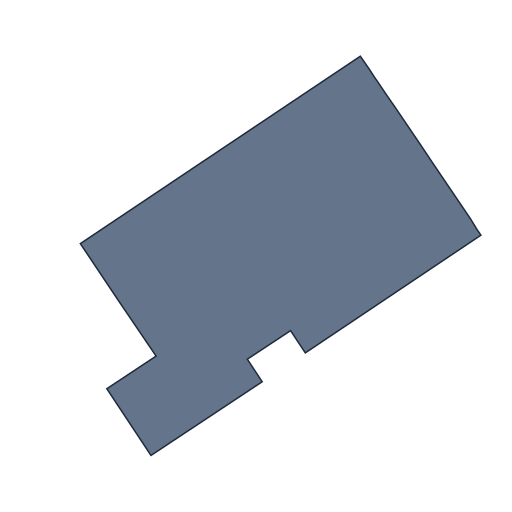 outline of Mahoning, Ohio, United States of America, rotated 326°
{"feature_id": "52423323B65372362934971", "entity_name": "Mahoning", "entity_type": "district", "adm_level": 2, "iso_a3": "USA", "parent_name": "United States of America", "parent_adm1": "Ohio", "projection": "orthographic", "projection_center": [-80.66, 41.017], "detail": "fine", "context": "isolated", "style": "filled", "palette": "slate", "viewbox_px": 512, "rotation_deg": 326, "n_neighbors": 0, "source": "geoboundaries", "source_scale": "gbopen_adm2", "svg_char_len": 528}
<svg xmlns="http://www.w3.org/2000/svg" viewBox="0 0 512 512"><g transform="rotate(326 256 256)"><path d="M58.1,282.6L57.4,362.6L190.8,363.7L191.1,336.7L242.9,337.2L242.7,363.9L454.1,364.5L454.1,364.1L454.1,362.5L454.0,358.6L454.6,345.3L454.5,283.9L454.5,276.4L454.6,257.9L454.5,215.2L454.5,206.5L454.4,205.6L454.4,202.7L454.3,196.2L454.3,188.2L454.3,178.8L454.2,174.6L454.4,164.8L454.3,156.4L454.2,148.7L265.7,148.0L117.3,147.5L117.0,214.3L117.2,283.1L58.1,282.6Z" fill="#64748b" stroke="#1e293b" stroke-width="1.5"/></g></svg>